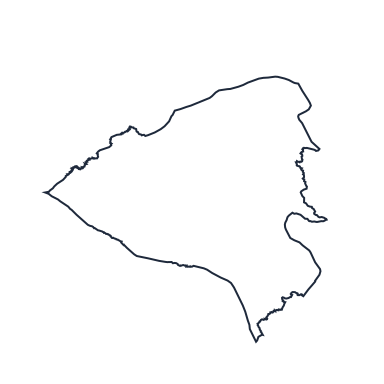 Kut Khaopun, Ubon Ratchathani, Thailand, rotated 283°
{"feature_id": "78962969B96705611164937", "entity_name": "Kut Khaopun", "entity_type": "district", "adm_level": 2, "iso_a3": "THA", "parent_name": "Thailand", "parent_adm1": "Ubon Ratchathani", "projection": "equal_earth", "projection_center": [105.02, 15.832], "detail": "fine", "context": "isolated", "style": "outline", "palette": "slate", "viewbox_px": 384, "rotation_deg": 283, "n_neighbors": 0, "source": "geoboundaries", "source_scale": "gbopen_adm2", "svg_char_len": 5995}
<svg xmlns="http://www.w3.org/2000/svg" viewBox="0 0 384 384"><g transform="rotate(283 192 192)"><path d="M158.5,49.0L158.0,52.7L156.3,56.3L154.6,63.1L153.3,65.7L149.9,74.7L148.1,77.1L147.6,78.6L143.8,84.7L136.6,97.9L136.1,100.2L136.1,102.3L135.7,103.5L134.7,104.7L135.0,105.2L133.5,109.1L133.6,109.9L133.3,113.6L133.0,114.1L133.0,115.2L132.4,115.5L132.6,115.9L132.3,117.1L131.8,117.7L132.1,118.8L131.8,119.5L132.0,120.1L131.4,121.0L131.4,121.7L131.0,122.6L130.4,122.6L130.0,123.5L129.3,124.1L129.3,124.9L129.7,125.5L129.2,127.0L129.3,127.6L129.1,128.8L128.8,129.0L128.9,130.5L128.5,131.0L128.5,131.7L127.9,133.3L127.9,134.6L126.8,134.4L125.1,137.0L125.3,137.5L124.7,137.8L124.7,138.4L122.9,141.2L118.3,149.6L117.2,152.6L117.5,164.0L117.5,175.4L117.9,181.6L118.1,183.6L119.2,187.9L118.3,189.4L119.0,191.1L119.1,192.7L118.5,194.4L117.8,194.8L117.3,196.9L117.8,197.2L117.7,197.9L118.6,199.3L118.9,200.2L118.6,201.7L119.0,202.2L118.9,202.7L119.1,203.3L118.0,203.3L118.3,204.1L118.2,204.6L118.5,204.9L118.5,205.7L118.9,206.5L118.7,206.9L119.2,207.3L119.0,207.9L119.3,208.9L120.4,210.1L120.3,220.7L119.7,224.2L117.6,229.9L115.1,239.2L113.7,246.6L112.1,250.5L108.4,254.4L92.9,267.0L87.4,270.8L79.2,275.4L75.5,277.8L71.4,279.2L60.5,288.1L62.0,288.9L65.8,289.3L67.9,291.5L68.7,292.5L68.7,293.1L69.4,292.5L69.6,292.0L70.9,291.3L71.2,290.4L72.3,290.2L73.1,289.0L74.6,288.5L75.3,287.4L76.2,286.9L76.8,286.1L77.1,286.2L78.4,285.5L78.8,286.1L79.9,286.5L80.1,286.9L81.1,287.0L81.2,287.5L82.9,288.0L83.7,288.9L83.5,290.4L84.2,291.5L84.7,291.3L84.5,293.2L84.9,293.7L85.5,293.8L86.5,292.6L88.0,293.5L89.0,293.6L89.7,294.1L90.3,293.9L90.7,295.0L91.2,295.4L92.4,295.4L92.5,296.1L92.9,296.5L92.5,297.2L92.9,297.9L94.4,298.2L94.5,299.0L95.0,299.0L94.7,299.3L95.1,299.6L94.8,300.1L95.4,300.0L96.1,301.0L96.2,303.0L96.5,303.1L96.8,302.6L97.1,302.8L97.1,304.8L97.6,305.2L97.4,305.5L97.5,306.0L99.9,306.2L102.0,307.0L103.8,307.1L105.6,307.6L105.5,306.2L106.1,305.0L106.6,305.4L107.7,304.1L109.1,303.5L109.8,304.0L109.7,305.4L109.3,306.2L109.4,307.9L110.4,309.9L111.8,311.4L111.9,312.1L114.2,312.7L114.3,311.6L114.8,311.2L115.3,311.6L116.2,311.6L117.1,312.5L117.6,314.8L117.1,316.1L117.0,317.6L116.7,317.9L115.6,317.8L115.3,318.3L115.7,319.9L116.9,321.2L117.0,321.9L116.8,322.3L116.1,322.3L115.5,323.9L123.2,327.3L132.5,332.2L133.1,331.9L140.0,334.8L143.7,335.0L145.7,334.1L151.2,327.8L159.8,321.1L161.4,319.4L164.9,311.8L167.1,308.1L168.0,302.5L169.3,298.1L176.6,291.9L178.5,290.7L181.2,289.8L183.2,289.8L185.9,290.5L188.9,290.7L190.7,291.6L194.4,294.5L193.8,296.5L194.6,298.6L194.2,302.9L191.4,308.2L191.8,310.5L190.1,312.5L190.0,313.1L190.3,313.9L190.0,315.5L190.8,317.9L190.8,320.0L191.0,320.8L192.7,324.6L193.0,326.4L193.9,327.7L194.7,328.3L195.3,329.4L195.9,328.9L196.2,327.5L196.6,326.6L196.8,324.0L196.0,322.1L196.2,320.8L197.6,318.9L197.5,317.8L198.2,316.0L199.0,315.7L200.6,316.4L202.8,314.4L203.3,312.7L204.5,312.1L204.3,310.1L204.6,307.9L206.6,305.7L207.1,303.5L211.5,302.6L212.9,300.4L216.1,298.0L217.2,298.3L219.5,300.4L221.0,302.9L223.2,302.7L223.5,302.1L225.8,300.3L227.3,300.3L227.7,298.8L229.4,298.6L229.6,297.5L230.0,296.9L231.4,297.8L231.9,297.8L233.8,297.2L234.2,296.2L235.6,296.7L236.6,295.4L237.8,295.4L237.9,294.3L238.4,293.4L238.8,293.2L239.8,293.7L239.9,292.1L240.7,291.7L241.3,291.0L241.1,290.3L241.3,288.3L241.6,288.0L242.6,288.0L244.3,286.6L244.5,287.3L245.7,287.3L245.3,288.5L245.4,289.7L245.2,290.3L246.0,290.6L246.1,291.9L246.8,292.4L248.4,292.3L248.5,291.9L251.1,290.8L251.9,291.4L252.9,291.1L253.3,290.7L253.9,289.2L254.7,289.8L255.0,289.4L255.9,290.1L256.5,291.2L257.7,290.7L258.7,290.7L258.7,290.0L259.6,290.3L259.9,291.0L260.2,291.1L260.4,293.2L260.8,293.9L260.7,301.3L260.5,302.5L259.9,303.6L260.9,305.7L262.6,306.5L267.8,297.2L283.9,283.8L286.5,280.3L288.3,279.0L289.7,278.4L291.2,278.7L296.2,284.8L298.8,287.2L302.9,288.4L305.2,286.9L307.7,284.6L315.5,276.6L321.5,271.2L321.3,267.8L321.5,266.3L322.9,261.2L323.4,256.7L323.5,249.6L323.1,247.1L320.6,240.4L319.3,235.9L317.5,231.6L311.2,221.9L307.8,217.8L305.0,213.5L301.0,206.1L300.2,203.4L297.1,195.5L294.3,192.7L289.7,189.8L287.6,188.0L275.9,171.4L273.6,167.4L270.2,162.1L267.4,156.9L262.7,155.8L261.2,154.9L255.7,153.8L249.9,150.5L246.2,147.4L241.6,142.3L237.5,136.4L236.1,133.9L236.9,132.4L236.5,131.2L235.9,130.3L236.6,129.3L236.5,127.5L236.9,126.9L238.2,125.9L238.3,124.7L238.6,124.3L240.8,123.4L241.0,120.9L241.7,120.4L241.4,118.7L241.9,117.9L241.9,116.8L240.9,116.4L240.6,116.6L240.5,117.2L240.0,116.7L239.6,116.9L239.3,116.5L238.9,117.2L238.4,116.8L238.3,115.7L237.2,116.0L237.0,115.6L236.6,115.5L236.8,114.6L236.1,114.2L235.6,113.2L235.2,113.2L233.9,111.6L234.0,111.1L233.4,111.2L233.5,110.2L233.1,109.9L232.9,110.4L232.3,110.3L230.8,105.9L227.4,101.2L225.7,100.7L225.5,101.1L225.1,101.1L224.7,100.7L224.5,101.1L222.7,101.0L221.8,101.7L221.3,101.3L221.0,101.7L220.9,102.7L220.2,102.3L219.3,102.8L217.1,101.2L211.9,92.8L210.3,91.5L208.2,90.5L208.0,90.8L208.2,91.3L207.9,91.7L206.2,92.0L205.2,92.6L203.4,91.9L203.2,90.9L202.6,89.4L203.0,89.0L202.8,88.3L203.0,87.6L202.4,87.8L202.4,86.8L201.4,85.5L201.7,84.2L201.3,83.9L201.0,84.1L200.7,83.7L200.3,84.2L200.2,83.7L199.7,83.8L198.8,82.4L198.4,82.3L198.1,82.4L197.8,82.9L197.2,81.8L196.4,82.6L195.6,82.2L195.4,82.6L195.2,82.1L195.3,81.6L194.9,82.0L194.2,81.4L193.9,81.6L192.6,81.5L192.4,80.8L191.5,80.6L191.6,80.1L191.2,80.0L191.3,79.1L190.9,79.3L190.4,79.0L190.5,79.5L190.8,79.8L190.4,79.9L189.5,78.0L189.0,78.0L188.9,76.8L189.8,76.9L189.7,76.2L190.1,75.9L189.6,75.4L189.6,75.1L189.9,75.0L189.9,74.2L190.6,74.6L191.3,73.9L191.2,73.5L190.5,73.0L190.8,72.5L190.6,72.1L189.4,71.4L189.4,70.7L189.1,70.6L189.0,71.0L188.7,70.7L188.4,71.1L187.8,70.5L187.9,69.9L187.6,70.1L187.4,69.7L187.0,70.5L186.7,70.4L186.6,70.8L185.2,70.3L185.2,69.5L184.5,69.4L184.3,68.9L183.9,69.5L183.2,69.0L183.2,68.3L181.8,68.0L181.3,66.6L180.8,67.2L179.2,65.4L178.3,65.6L174.8,63.6L169.7,58.7L166.4,56.5L164.3,55.6L161.4,53.1L160.1,52.6L158.5,49.0Z" fill="none" stroke="#1e293b" stroke-width="2"/></g></svg>